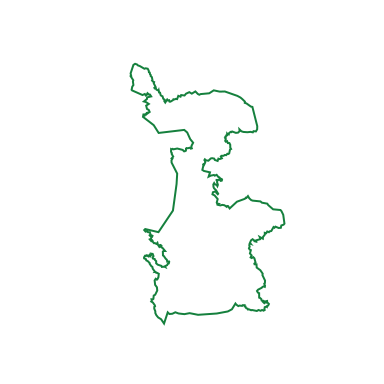 outline of Tlacoachistlahuaca, Guerrero, Mexico, rotated 327°
{"feature_id": "50627088B91414263136066", "entity_name": "Tlacoachistlahuaca", "entity_type": "district", "adm_level": 2, "iso_a3": "MEX", "parent_name": "Mexico", "parent_adm1": "Guerrero", "projection": "equal_earth", "projection_center": [-98.264, 16.975], "detail": "fine", "context": "isolated", "style": "outline", "palette": "green", "viewbox_px": 384, "rotation_deg": 327, "n_neighbors": 0, "source": "geoboundaries", "source_scale": "gbopen_adm2", "svg_char_len": 6089}
<svg xmlns="http://www.w3.org/2000/svg" viewBox="0 0 384 384"><g transform="rotate(327 192 192)"><path d="M130.2,298.3L146.6,307.4L157.0,311.7L161.6,312.1L167.7,309.2L167.8,310.5L168.7,312.9L170.1,313.2L172.0,314.8L172.8,314.5L174.5,315.6L173.9,316.6L174.5,317.2L174.1,318.1L174.3,319.2L175.1,320.1L174.9,321.0L176.0,321.6L177.2,323.4L178.0,323.6L181.6,327.1L183.5,327.2L184.9,329.0L186.5,329.1L187.4,330.5L188.7,330.5L188.7,329.9L190.3,328.2L191.9,328.6L192.2,329.2L192.8,328.5L194.0,328.7L195.5,327.8L195.0,325.3L195.6,324.3L193.9,323.7L193.6,324.3L193.3,323.6L193.0,324.4L192.1,324.6L191.7,322.9L192.6,322.6L191.3,321.0L191.8,319.6L191.4,318.0L190.8,317.2L193.2,313.4L192.5,312.3L192.6,310.4L194.2,309.9L198.3,310.3L199.4,310.0L200.7,310.2L201.4,311.2L202.2,310.4L202.6,308.3L203.5,308.1L205.0,306.1L205.8,300.1L206.8,299.0L206.7,294.8L205.1,290.6L206.7,287.8L205.1,286.7L205.3,286.0L206.9,285.7L208.2,281.6L207.9,280.0L206.1,279.9L205.5,278.8L207.5,277.6L207.1,275.1L209.7,272.8L209.0,271.6L209.1,270.2L210.6,269.3L210.9,268.1L212.0,266.8L212.5,266.6L213.0,267.3L212.9,266.2L215.2,264.7L217.1,264.6L217.9,266.8L217.6,267.3L218.9,268.7L219.6,267.5L223.5,268.7L224.0,268.4L224.3,266.6L226.0,269.7L227.0,268.4L229.9,267.4L230.8,265.9L231.8,267.0L233.6,266.1L234.6,267.6L235.7,267.3L237.3,267.9L241.3,265.8L241.7,266.9L243.1,266.5L245.1,269.4L247.0,270.4L248.7,268.7L251.0,269.3L252.3,268.9L256.1,260.8L256.6,256.8L256.4,255.3L250.6,250.7L248.8,244.5L248.8,242.8L244.8,239.0L244.3,237.2L238.1,232.2L237.2,230.9L236.6,228.4L236.7,225.9L234.4,226.6L234.1,226.1L232.6,226.5L224.4,224.6L214.6,226.3L214.6,223.5L213.9,222.9L213.0,223.3L212.0,220.8L210.4,219.3L208.5,218.7L206.4,216.5L206.7,215.9L207.5,216.0L206.8,215.3L207.0,214.3L209.7,211.9L209.1,207.2L207.9,205.1L209.4,203.6L212.3,204.4L212.0,205.8L212.4,207.9L213.0,207.7L213.1,203.5L212.5,200.9L212.8,199.4L214.0,197.3L215.4,196.6L215.3,197.7L216.6,199.8L216.5,200.9L217.6,200.1L218.4,197.3L219.4,196.4L219.0,195.6L219.2,195.3L220.9,196.4L221.7,196.2L222.1,198.3L223.1,198.7L223.9,198.1L224.0,197.4L223.1,196.1L222.9,194.5L222.3,193.9L222.0,191.0L220.0,190.7L219.7,189.7L216.7,188.5L214.3,188.2L217.8,185.3L213.5,180.9L212.7,179.1L215.9,176.1L216.3,175.0L216.7,174.9L216.9,175.8L219.2,174.4L219.9,172.9L219.8,172.0L220.6,171.6L221.1,173.2L222.8,174.7L226.0,174.1L227.3,174.6L228.8,176.1L228.6,177.5L230.4,179.9L232.3,178.4L233.2,179.5L235.4,180.0L235.5,177.9L236.4,177.7L238.2,178.8L239.7,178.8L240.7,179.7L242.5,179.2L243.1,179.9L244.2,179.9L247.0,177.1L248.2,177.2L248.3,175.6L249.8,173.2L250.0,171.3L248.7,170.5L249.1,168.5L247.8,168.3L247.7,167.2L249.1,166.1L249.2,164.7L249.8,164.8L250.2,163.7L251.2,163.7L251.6,163.2L252.3,163.5L253.2,162.3L253.3,163.2L254.2,163.8L254.7,162.9L257.1,162.6L257.7,163.3L258.6,163.1L261.0,166.3L263.0,167.3L265.1,166.9L265.9,165.3L266.5,168.0L267.8,169.6L271.1,172.1L273.8,173.4L275.5,175.1L276.7,174.5L278.6,176.0L280.8,174.9L282.6,172.3L289.0,153.5L287.9,152.4L285.9,147.3L284.8,146.0L285.6,145.0L284.8,141.5L284.1,139.2L282.4,136.1L274.3,125.6L269.9,122.9L265.6,118.6L260.2,118.6L252.6,114.6L251.1,114.4L250.3,113.0L249.6,109.5L245.4,109.4L244.1,106.8L240.5,106.3L238.3,107.0L235.7,104.8L234.3,105.8L232.9,103.9L230.1,106.0L229.0,105.0L227.8,104.9L226.9,104.1L226.1,104.6L223.1,104.5L222.4,104.0L222.8,102.6L221.8,102.3L221.6,100.9L218.3,102.4L218.3,100.6L219.3,99.7L218.7,98.1L219.4,95.7L218.6,94.4L218.5,93.5L219.3,91.3L218.6,90.6L219.5,88.4L219.0,88.7L218.9,88.0L218.3,87.5L217.9,86.5L218.2,85.3L217.1,84.8L217.2,84.1L218.7,84.0L219.1,80.1L220.1,79.2L219.5,78.4L219.2,76.8L219.8,76.6L220.9,73.8L220.5,72.3L221.1,71.5L220.9,70.5L221.6,68.8L221.1,68.1L221.8,66.6L222.0,64.5L220.5,63.0L219.2,62.7L216.9,58.1L215.5,56.2L215.4,55.2L214.1,53.5L212.1,53.5L205.1,59.1L204.2,61.6L203.6,61.5L203.6,66.3L202.6,67.2L201.1,70.4L199.3,71.1L197.0,73.4L197.1,74.2L203.3,83.7L205.8,84.1L205.8,85.9L207.4,85.8L207.8,85.3L208.4,86.1L208.7,85.6L209.1,86.9L209.8,87.4L209.8,89.6L205.9,88.2L204.8,89.5L201.0,89.9L202.3,91.4L203.7,94.6L200.6,94.6L199.5,97.8L200.4,99.6L200.1,101.8L197.5,101.9L197.7,101.2L197.1,101.0L195.8,102.0L195.4,101.5L194.5,101.9L194.7,101.2L193.5,100.5L191.8,102.3L196.3,115.1L196.2,124.3L219.3,135.7L220.4,139.5L219.3,146.7L219.8,151.3L216.9,152.9L215.8,154.2L215.6,155.3L214.6,155.0L214.4,153.7L212.2,153.0L211.4,152.2L210.6,152.3L209.4,154.0L208.1,153.9L207.5,153.6L207.1,151.6L203.3,147.5L199.7,146.1L199.3,145.3L198.3,145.2L197.9,144.6L196.3,146.9L196.3,148.4L195.7,148.9L195.5,152.1L193.3,152.7L193.7,153.4L192.1,154.2L190.9,156.2L189.6,168.5L183.4,176.9L165.9,197.2L142.0,207.4L132.6,197.6L131.2,197.9L131.5,200.0L133.0,200.4L133.2,201.7L134.7,202.9L134.1,205.0L132.9,205.2L133.0,206.2L133.3,206.6L134.3,206.0L135.0,207.2L134.1,207.9L133.2,207.7L132.1,208.9L130.8,208.7L131.1,211.2L131.4,211.4L131.9,210.3L132.2,210.3L132.4,211.3L132.0,212.1L132.2,214.2L133.0,214.6L133.9,216.2L135.3,215.8L134.7,217.6L134.7,220.3L135.5,220.2L135.5,219.3L136.1,219.0L136.8,219.3L137.1,220.6L136.1,221.4L136.9,223.2L137.3,226.8L136.0,226.0L135.1,226.1L133.1,229.4L133.5,230.4L133.6,233.7L134.0,235.0L133.3,237.0L134.9,237.7L134.9,238.1L133.6,239.3L132.5,239.1L131.3,239.8L128.8,239.5L128.7,240.4L128.2,239.6L125.9,238.4L126.1,237.3L123.7,234.3L123.1,232.3L124.3,230.5L123.9,228.6L124.2,227.9L123.0,226.5L123.2,225.5L124.8,224.8L125.3,222.5L124.2,221.5L124.0,222.4L122.1,223.1L122.1,221.7L120.5,222.5L120.0,221.6L120.2,221.0L119.3,220.2L118.4,220.6L117.8,219.9L116.2,220.7L115.7,221.6L116.8,223.3L116.4,224.4L117.3,226.0L117.8,228.6L117.4,229.1L117.5,232.1L118.0,233.1L117.3,235.0L117.5,238.7L117.2,238.8L117.9,239.2L118.0,240.3L118.5,240.5L119.6,242.5L117.4,245.2L115.3,246.4L114.8,246.4L114.3,245.0L112.5,245.8L110.5,249.8L110.7,252.8L109.2,255.7L105.2,258.1L103.5,258.0L101.4,260.6L100.7,260.7L99.6,259.9L98.9,261.5L98.2,261.7L99.0,263.4L99.1,266.7L98.8,267.7L97.8,267.8L96.8,269.3L96.3,272.0L95.3,273.6L95.0,275.9L95.3,278.8L96.8,281.9L96.9,287.1L106.1,279.7L106.6,282.0L109.2,283.4L112.5,283.8L114.6,286.6L119.1,290.3L124.0,292.3L130.2,298.3Z" fill="none" stroke="#15803d" stroke-width="2"/></g></svg>